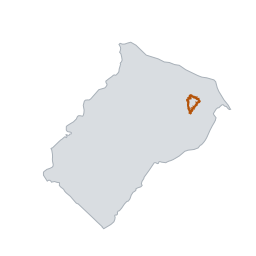 location of Wassa Amenfi East, Western, Ghana, rotated 224°
{"feature_id": "2480657B15365927336493", "entity_name": "Wassa Amenfi East", "entity_type": "district", "adm_level": 2, "iso_a3": "GHA", "parent_name": "Ghana", "parent_adm1": "Western", "projection": "mercator", "projection_center": [-2.086, 5.877], "detail": "fine", "context": "in_parent", "style": "outline", "palette": "amber", "viewbox_px": 256, "rotation_deg": 224, "n_neighbors": 0, "source": "geoboundaries", "source_scale": "gbopen_adm2", "svg_char_len": 5538}
<svg xmlns="http://www.w3.org/2000/svg" viewBox="0 0 256 256"><g transform="rotate(224 128 128)"><path d="M156.0,35.3L157.8,37.1L158.2,38.1L157.6,41.9L156.2,44.6L155.3,47.1L155.4,48.4L156.3,49.7L159.1,51.6L160.6,52.9L162.3,54.9L164.3,56.8L167.6,59.2L169.1,59.7L169.0,60.4L168.5,61.3L168.2,70.6L168.0,72.9L167.7,74.1L167.4,77.6L167.0,78.1L166.4,78.0L165.8,78.2L165.7,78.8L165.9,79.5L167.9,80.0L167.5,80.6L166.0,81.0L165.3,82.1L165.6,83.2L164.8,84.2L165.0,84.8L165.5,85.3L166.4,85.1L168.8,83.5L169.8,83.4L171.0,83.7L173.3,86.1L173.4,87.3L172.4,91.3L171.5,94.5L171.4,98.6L172.3,101.0L172.2,102.3L171.2,103.4L168.8,105.0L169.0,106.1L170.1,108.1L172.0,110.4L175.9,113.2L178.0,116.9L178.0,118.4L176.8,119.9L175.4,121.2L175.0,123.0L175.6,135.3L172.5,140.7L172.5,142.2L172.8,143.9L173.6,145.0L175.2,145.3L176.5,146.3L176.0,150.1L175.3,153.9L175.2,155.7L174.8,156.6L173.6,157.3L173.2,158.5L173.5,160.0L173.3,161.1L173.9,162.5L175.3,164.3L177.6,168.7L178.4,169.0L178.8,169.9L178.6,170.8L179.4,172.8L181.9,174.7L184.5,176.4L186.7,176.7L187.2,178.2L188.5,180.1L189.6,180.9L191.2,181.5L192.5,181.8L192.5,183.4L190.2,184.5L188.6,186.2L187.3,188.8L185.6,191.6L179.8,193.1L177.5,193.1L165.5,193.1L154.3,198.7L147.8,200.7L143.8,203.8L138.5,206.0L134.7,208.7L127.0,210.0L114.2,214.2L110.2,215.9L106.2,218.8L99.6,222.3L97.1,222.2L91.9,219.0L88.1,217.4L78.6,214.9L71.6,214.0L68.2,212.9L67.2,212.7L68.0,211.6L70.0,211.5L72.1,211.8L73.6,210.9L75.9,210.8L76.5,209.9L76.7,207.6L76.7,205.7L77.5,204.9L77.7,202.7L76.6,197.7L75.8,197.2L71.7,196.5L71.3,195.5L70.6,194.5L69.8,192.0L68.9,188.2L67.5,183.5L64.7,175.8L64.0,173.1L63.6,170.3L63.5,167.0L64.0,165.8L63.9,164.1L63.7,162.4L65.6,158.4L69.5,153.6L70.3,151.9L71.0,150.7L71.1,149.0L71.7,143.4L73.6,136.6L74.7,134.0L75.5,132.7L76.4,130.4L76.7,129.3L80.2,126.7L81.8,126.0L82.2,124.9L81.6,123.8L81.9,123.0L82.7,122.6L84.0,122.3L85.0,121.2L83.5,112.8L82.3,104.5L82.2,103.8L81.5,102.6L80.8,99.2L79.6,97.1L77.9,96.5L77.9,94.6L79.6,91.4L80.0,89.5L79.2,89.0L79.1,87.5L79.7,85.1L79.4,83.7L79.1,82.1L77.4,78.4L77.0,75.8L77.8,74.3L77.8,71.0L76.9,65.9L76.7,62.6L77.4,61.3L77.1,60.0L75.8,58.8L75.7,57.6L76.8,56.4L76.6,55.5L75.3,54.9L74.1,53.3L73.0,50.8L73.3,46.8L75.3,39.4L75.5,38.7L77.8,38.8L77.8,39.1L84.9,39.0L92.9,39.0L102.6,38.9L111.4,38.8L111.7,38.4L113.2,38.0L122.0,38.8L127.6,38.4L129.9,38.6L131.7,39.2L135.5,38.8L137.5,39.0L139.1,40.9L139.7,40.9L140.5,40.1L142.1,39.2L143.6,38.5L144.7,37.0L145.4,35.9L146.4,36.2L147.9,36.1L148.9,35.2L149.2,33.7L156.0,35.3Z" fill="#d9dde1" stroke="#a8b0b8" stroke-width="1"/><path d="M95.0,197.1L95.5,197.1L95.8,197.1L96.2,197.2L96.4,197.3L96.5,197.3L96.8,197.3L97.0,197.5L97.1,197.4L97.1,197.2L97.3,197.2L97.6,197.2L97.8,197.3L97.9,197.6L98.0,197.5L98.0,197.4L98.0,197.1L98.3,197.0L98.3,196.9L98.5,196.7L98.9,196.8L98.9,197.1L99.0,197.1L99.0,196.9L99.2,196.7L99.4,196.7L99.4,196.8L99.6,196.8L99.8,196.9L100.1,196.7L100.2,196.8L100.3,197.0L100.4,196.9L100.4,197.0L100.5,196.9L100.6,197.0L100.7,196.9L100.8,196.9L101.0,196.9L101.3,196.8L101.3,196.7L101.4,196.4L101.5,196.3L101.7,196.2L101.9,196.1L101.9,195.9L102.0,195.9L102.0,196.0L102.2,195.9L102.3,195.7L102.5,195.7L102.7,195.8L102.8,195.9L103.0,195.6L103.3,195.5L103.3,195.4L103.6,195.3L103.7,195.2L103.8,195.2L104.0,195.1L104.3,195.0L104.5,195.1L104.7,195.3L104.8,195.6L105.0,195.6L105.4,195.2L105.6,195.1L105.8,195.0L105.8,194.8L105.7,194.8L105.8,194.5L106.0,194.2L105.9,193.9L105.0,194.1L105.1,193.9L105.2,193.7L105.3,193.6L105.5,193.5L105.5,193.4L105.2,193.1L104.6,193.0L104.1,192.9L104.3,192.5L104.4,192.4L104.5,192.3L104.7,192.1L104.4,192.1L104.5,192.0L104.4,192.0L104.2,191.8L104.3,191.7L104.3,191.8L104.4,191.6L104.6,191.3L104.6,191.1L104.8,190.6L104.9,190.3L105.1,189.9L105.1,189.6L105.1,189.3L105.0,189.2L104.9,189.1L104.6,189.0L104.4,189.1L104.3,188.9L103.9,189.1L103.9,189.3L103.7,189.3L103.3,189.3L103.2,189.3L103.1,189.1L103.0,188.7L102.8,188.5L102.5,188.5L102.5,188.3L102.3,188.1L102.3,187.9L102.0,187.8L101.8,187.7L101.7,187.6L101.5,187.4L101.4,187.3L101.5,187.1L101.5,186.9L101.3,186.7L101.2,186.6L101.0,186.4L100.8,186.2L100.7,186.1L100.4,185.9L100.2,185.7L99.9,185.4L99.6,185.3L99.4,185.3L99.2,185.2L98.9,184.8L98.8,184.7L98.7,184.8L98.5,184.6L98.4,184.6L98.2,184.6L98.3,184.4L98.0,183.9L95.9,183.3L95.6,183.4L95.6,183.1L95.4,183.1L95.2,182.9L95.0,182.7L94.7,182.4L94.5,182.5L94.4,182.5L94.4,182.3L94.2,181.7L93.9,181.8L93.7,181.8L93.4,181.9L93.5,182.1L93.6,182.3L93.4,182.5L93.7,182.7L93.7,182.8L93.8,183.0L93.9,183.4L93.9,183.5L94.0,183.9L94.0,184.0L93.9,184.1L93.9,184.3L94.0,184.4L93.9,184.4L93.9,184.5L94.0,184.6L93.9,184.7L94.0,184.9L94.0,185.0L94.1,185.3L94.2,185.5L94.1,185.8L94.2,185.7L94.3,185.8L94.4,186.0L94.5,186.0L94.4,186.1L94.5,186.2L94.6,186.5L94.8,186.5L94.9,186.8L95.0,187.0L94.9,187.3L95.0,187.3L94.9,187.4L94.9,187.5L95.0,187.5L94.9,187.7L94.9,187.8L94.9,188.1L95.0,188.0L94.9,188.2L95.0,188.2L95.0,188.3L94.9,188.3L95.0,188.4L94.9,188.4L95.0,188.5L95.0,188.8L94.9,188.8L94.9,189.0L94.9,189.3L94.8,189.5L95.0,189.8L95.0,190.0L94.9,190.0L94.9,190.3L94.8,190.6L94.9,190.8L94.9,191.0L95.0,191.1L95.0,191.3L95.1,191.5L95.3,191.6L95.3,191.8L95.2,191.8L95.1,191.7L95.0,191.9L94.9,191.8L94.7,192.1L94.9,192.4L94.8,192.5L95.0,192.7L95.2,192.8L95.2,193.0L95.4,193.0L95.5,193.2L95.7,193.3L95.8,193.4L95.7,193.4L95.7,193.6L95.6,193.8L95.8,193.9L95.7,193.9L95.7,194.1L95.4,194.5L95.4,194.9L95.6,195.1L95.5,195.3L95.5,195.5L95.4,195.6L95.3,195.8L95.2,195.8L95.1,196.0L94.9,196.1L95.0,196.4L95.1,196.6L94.9,196.6L94.9,196.9L94.9,197.0L95.0,197.1Z" fill="none" stroke="#b45309" stroke-width="2"/></g></svg>